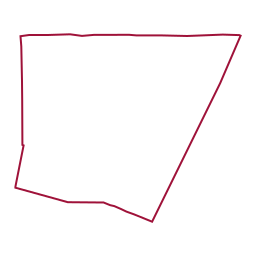 Tichitt, Tagant, Mauritania (orthographic projection)
{"feature_id": "47542326B42701553126465", "entity_name": "Tichitt", "entity_type": "district", "adm_level": 2, "iso_a3": "MRT", "parent_name": "Mauritania", "parent_adm1": "Tagant", "projection": "orthographic", "projection_center": [-9.94, 18.515], "detail": "fine", "context": "isolated", "style": "outline", "palette": "rose", "viewbox_px": 256, "rotation_deg": 0, "n_neighbors": 0, "source": "geoboundaries", "source_scale": "gbopen_adm2", "svg_char_len": 502}
<svg xmlns="http://www.w3.org/2000/svg" viewBox="0 0 256 256"><path d="M15.4,187.7L67.8,202.2L103.6,202.5L110.0,205.1L110.3,205.2L114.3,206.1L121.2,209.1L126.4,211.6L128.6,212.4L133.9,214.3L152.1,221.7L220.2,83.1L240.6,35.7L239.3,35.1L222.7,34.6L187.1,36.0L161.2,35.4L136.4,35.4L129.2,34.8L93.6,34.9L82.0,35.9L70.1,34.3L47.8,35.0L29.1,35.0L20.5,36.2L21.3,46.5L22.0,81.1L22.2,101.0L22.4,144.9L23.6,145.4L21.4,156.5L15.9,184.2L15.4,186.9L15.4,187.7Z" fill="none" stroke="#9f1239" stroke-width="2"/></svg>